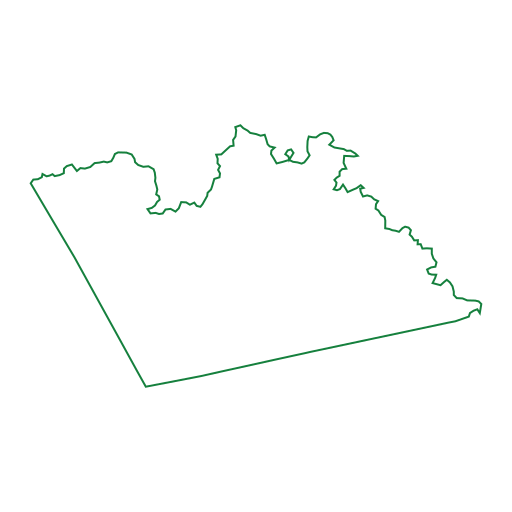 Conceição do Lago-Açu, Maranhão, Brazil
{"feature_id": "56859067B86224860320323", "entity_name": "Conceição do Lago-Açu", "entity_type": "district", "adm_level": 2, "iso_a3": "BRA", "parent_name": "Brazil", "parent_adm1": "Maranhão", "projection": "albers", "projection_center": [-44.806, -3.793], "detail": "fine", "context": "isolated", "style": "outline", "palette": "green", "viewbox_px": 512, "rotation_deg": 0, "n_neighbors": 0, "source": "geoboundaries", "source_scale": "gbopen_adm2", "svg_char_len": 2878}
<svg xmlns="http://www.w3.org/2000/svg" viewBox="0 0 512 512"><path d="M289.2,159.9L282.3,162.0L276.6,163.4L274.0,158.8L271.0,154.0L271.4,150.6L274.6,147.6L269.7,146.4L267.6,144.2L266.2,139.3L264.7,134.8L260.6,135.7L256.2,134.1L250.2,132.9L247.6,130.6L243.3,128.2L240.4,125.3L235.3,127.1L236.2,130.3L235.5,136.5L233.1,139.9L233.6,145.7L230.1,146.3L225.4,150.6L221.3,154.4L216.2,154.7L217.7,158.8L217.5,163.3L220.0,166.1L218.1,169.9L220.0,173.4L219.5,177.3L214.3,178.9L213.0,183.3L212.0,186.7L211.0,189.5L207.6,192.8L207.2,195.9L205.3,199.3L202.5,204.2L200.4,206.8L196.7,205.9L194.3,202.6L189.9,204.7L186.2,202.4L181.2,202.1L178.8,208.3L175.5,211.6L170.6,208.9L165.5,209.5L162.7,213.5L159.0,214.0L155.7,212.9L150.5,213.4L147.5,209.1L151.8,207.9L155.0,205.5L157.1,201.9L159.7,199.7L159.0,196.3L156.2,194.4L157.3,189.5L156.4,185.7L155.0,181.2L155.4,177.8L154.8,172.7L153.6,169.2L148.5,166.3L143.3,166.8L138.2,165.0L135.1,162.2L134.5,158.9L131.7,154.5L126.4,152.6L118.1,152.4L114.9,154.0L113.3,157.8L111.3,161.2L107.2,162.4L103.8,161.6L99.4,162.6L94.6,163.1L90.3,167.0L84.9,168.6L80.4,168.1L76.9,171.0L71.9,164.5L66.8,166.1L64.0,168.6L63.8,173.2L59.6,175.1L54.7,176.1L52.5,174.2L49.6,175.6L46.6,176.3L42.5,174.0L41.8,177.2L37.9,179.2L33.3,179.6L30.7,183.3L52.7,220.6L74.5,257.4L109.1,320.2L119.8,339.6L136.5,370.0L145.8,386.7L200.9,376.1L220.5,371.7L275.3,359.6L285.9,357.3L289.5,356.5L305.2,353.1L310.4,351.9L448.5,322.6L455.3,321.3L468.8,316.6L470.0,313.0L473.6,310.7L477.3,309.3L479.8,313.1L481.3,304.0L478.7,301.4L475.2,300.6L467.2,300.4L462.5,298.4L456.7,298.1L453.8,295.0L453.8,291.6L452.5,286.3L449.9,282.4L446.8,279.8L444.2,281.9L440.5,285.2L432.6,283.1L435.1,278.0L436.2,274.7L431.8,274.6L428.7,273.6L427.1,269.5L431.2,267.4L435.4,266.7L436.5,262.3L433.4,258.5L431.8,253.8L431.8,248.6L426.7,248.3L422.4,248.6L420.7,244.2L417.6,244.3L417.9,240.2L414.2,240.4L411.9,236.7L409.6,234.6L410.9,230.2L408.6,227.6L405.1,226.7L402.5,228.1L399.0,231.8L395.4,230.7L392.2,230.2L389.4,229.0L385.2,228.3L385.3,220.6L384.6,217.0L381.2,214.9L378.4,210.5L375.6,208.7L376.0,204.2L378.1,201.1L374.1,199.3L371.3,196.6L367.2,195.4L363.0,196.5L360.7,191.8L360.2,188.7L363.6,187.9L360.7,185.2L356.5,188.2L353.4,189.5L347.6,192.1L345.5,188.4L343.0,184.6L339.9,189.1L337.0,190.2L333.7,189.3L336.0,185.7L336.5,182.6L334.4,179.9L336.7,177.6L339.6,175.8L339.6,171.7L342.2,169.1L346.3,168.7L343.6,162.9L344.2,155.9L349.4,156.1L353.8,156.5L357.7,155.8L355.3,153.5L350.6,150.6L346.8,150.8L343.8,149.1L340.8,148.6L334.4,147.5L329.3,144.7L333.6,140.3L332.3,137.0L330.4,134.6L327.7,133.2L323.9,132.9L320.2,134.3L316.1,137.4L312.4,137.2L308.8,136.5L307.6,140.9L307.3,147.1L307.5,151.3L309.6,155.3L307.5,158.4L304.3,162.4L301.6,163.6L297.5,162.4L293.0,161.8L289.2,159.9ZM289.2,159.9L293.5,152.9L291.1,149.4L287.7,150.4L285.3,154.2L288.5,156.5L289.2,159.9Z" fill="none" stroke="#15803d" stroke-width="2"/></svg>